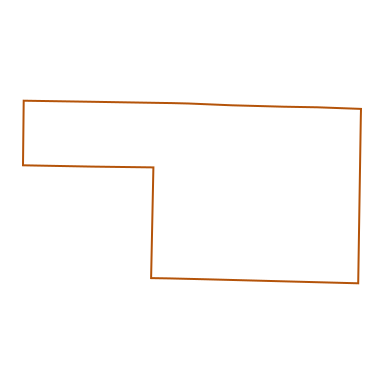 Christian, Missouri, United States of America
{"feature_id": "52423323B44672295900788", "entity_name": "Christian", "entity_type": "district", "adm_level": 2, "iso_a3": "USA", "parent_name": "United States of America", "parent_adm1": "Missouri", "projection": "equal_earth", "projection_center": [-93.267, 36.954], "detail": "fine", "context": "isolated", "style": "outline", "palette": "amber", "viewbox_px": 384, "rotation_deg": 0, "n_neighbors": 0, "source": "geoboundaries", "source_scale": "gbopen_adm2", "svg_char_len": 362}
<svg xmlns="http://www.w3.org/2000/svg" viewBox="0 0 384 384"><path d="M23.7,100.7L23.0,165.3L92.2,166.6L153.4,167.4L151.1,278.1L169.2,278.4L206.6,279.3L244.5,280.3L358.2,283.3L360.8,118.1L361.0,108.9L317.6,107.3L283.4,106.7L231.9,105.3L188.5,103.5L172.4,103.1L159.2,102.9L128.5,102.4L93.5,101.8L23.7,100.7Z" fill="none" stroke="#b45309" stroke-width="2"/></svg>